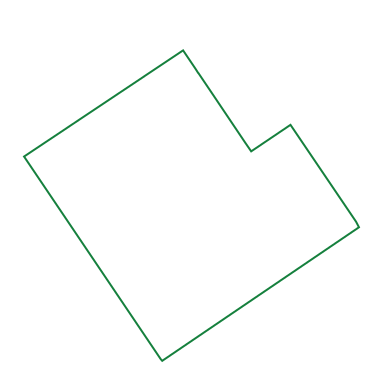 Winkler, Texas, United States of America (Albers equal-area conic projection), rotated 56°
{"feature_id": "52423323B34965640211434", "entity_name": "Winkler", "entity_type": "district", "adm_level": 2, "iso_a3": "USA", "parent_name": "United States of America", "parent_adm1": "Texas", "projection": "albers", "projection_center": [-103.096, 31.869], "detail": "fine", "context": "isolated", "style": "outline", "palette": "green", "viewbox_px": 384, "rotation_deg": 56, "n_neighbors": 0, "source": "geoboundaries", "source_scale": "gbopen_adm2", "svg_char_len": 347}
<svg xmlns="http://www.w3.org/2000/svg" viewBox="0 0 384 384"><g transform="rotate(56 192 192)"><path d="M191.4,72.8L191.4,120.2L181.4,120.3L180.1,120.3L121.1,120.2L97.0,120.2L96.9,120.3L95.7,120.3L91.9,120.2L69.6,120.2L68.7,311.4L313.0,311.4L315.3,311.1L314.6,73.3L308.4,72.6L191.4,72.8Z" fill="none" stroke="#15803d" stroke-width="2"/></g></svg>